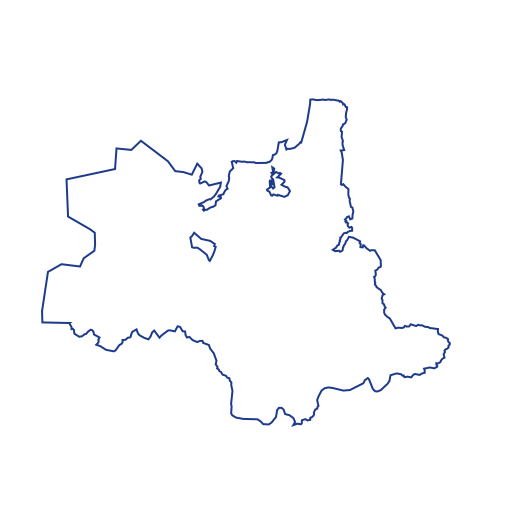 outline of Batken, Batken, Kyrgyzstan, rotated 8°
{"feature_id": "92254566B65149347501284", "entity_name": "Batken", "entity_type": "district", "adm_level": 2, "iso_a3": "KGZ", "parent_name": "Kyrgyzstan", "parent_adm1": "Batken", "projection": "equal_earth", "projection_center": [70.889, 39.851], "detail": "fine", "context": "isolated", "style": "outline", "palette": "blue", "viewbox_px": 512, "rotation_deg": 8, "n_neighbors": 0, "source": "geoboundaries", "source_scale": "gbopen_adm2", "svg_char_len": 6123}
<svg xmlns="http://www.w3.org/2000/svg" viewBox="0 0 512 512"><g transform="rotate(8 256 256)"><path d="M459.9,315.1L458.9,314.7L457.7,312.8L457.8,311.7L456.1,310.7L453.3,310.3L451.7,308.9L447.7,307.9L446.6,305.8L446.4,303.0L438.2,303.1L436.2,302.4L433.3,302.6L430.0,301.5L428.1,301.9L426.2,301.5L424.3,303.1L418.7,302.1L417.5,304.4L415.0,304.9L413.2,304.5L412.4,306.1L410.5,307.0L407.3,307.1L404.2,308.2L397.1,299.1L394.7,298.1L391.8,296.0L390.7,294.0L390.4,291.0L391.6,289.1L390.3,288.0L389.6,286.1L387.9,285.3L387.3,281.8L386.4,280.9L386.8,277.0L388.3,276.1L385.9,274.5L384.5,272.5L379.7,270.1L379.3,269.0L377.7,267.7L377.9,266.0L377.4,265.6L376.6,261.5L375.8,260.4L376.8,259.5L377.3,257.9L376.2,253.9L378.0,252.6L379.1,250.3L380.7,249.7L381.1,248.8L380.0,242.7L372.8,233.8L369.3,234.2L368.3,235.0L364.5,233.0L361.4,230.4L360.6,230.5L360.5,232.6L358.2,232.7L358.0,229.5L356.8,228.8L357.1,227.0L349.6,224.3L345.4,224.1L344.0,227.7L343.0,228.9L342.6,231.6L341.5,233.3L341.4,234.8L340.9,235.3L341.0,238.1L340.2,239.2L338.6,240.1L337.7,239.2L333.6,240.2L331.2,239.2L334.1,236.6L335.1,234.3L336.6,233.2L336.5,231.6L337.2,229.7L336.7,228.9L337.3,227.3L336.9,226.1L337.5,225.9L339.8,221.3L341.4,220.6L342.7,220.7L343.1,219.8L345.4,218.2L347.7,217.6L347.2,214.6L346.4,213.9L344.5,215.0L342.9,213.7L342.3,212.1L342.7,211.0L341.3,209.8L340.5,210.3L339.8,209.6L340.4,208.7L339.0,207.5L340.2,206.1L340.6,204.9L342.5,203.8L344.2,206.6L346.2,205.5L345.9,201.6L346.2,198.4L344.7,194.6L343.2,194.1L341.1,188.5L341.0,186.2L340.0,185.3L338.9,182.4L338.2,176.8L335.1,175.0L332.4,172.7L331.3,173.7L330.1,173.1L328.7,148.8L326.4,141.4L325.2,139.8L328.6,138.8L326.3,134.1L325.8,131.3L326.2,130.3L324.2,126.2L323.9,121.0L322.7,120.5L322.3,118.9L322.3,117.9L323.8,115.0L323.7,113.7L325.4,112.6L326.1,111.4L326.8,108.3L325.5,105.8L325.3,101.8L325.7,98.3L325.4,96.0L324.1,95.9L322.7,93.7L321.8,93.2L321.2,93.7L320.9,92.8L318.7,91.0L317.8,90.9L317.5,91.5L316.2,90.7L310.5,90.5L308.0,91.1L307.0,90.7L302.3,92.0L301.1,91.7L294.7,93.2L290.4,93.0L288.0,93.6L288.4,97.9L287.9,116.1L285.0,137.3L284.1,137.1L283.7,138.2L279.2,143.4L274.6,145.3L272.3,145.4L271.3,146.3L269.1,141.7L270.5,136.8L265.3,139.8L262.8,140.3L262.5,148.7L261.9,151.5L260.2,153.1L258.7,153.7L258.6,157.1L258.0,158.9L256.0,161.2L254.3,161.5L253.6,162.3L243.9,163.8L242.2,163.9L241.4,163.4L233.8,164.4L231.2,164.1L229.5,164.6L223.9,164.6L223.5,166.3L221.5,165.0L219.9,165.3L218.9,166.1L221.2,172.3L218.3,175.9L217.9,180.6L218.6,182.5L218.6,185.6L217.0,190.8L218.5,193.4L216.8,194.7L215.3,198.2L215.2,199.3L210.7,201.4L210.5,202.3L213.0,202.5L213.3,203.7L208.8,207.4L208.8,211.5L206.1,213.6L204.7,213.9L200.7,217.2L199.4,217.3L198.1,218.4L197.0,217.4L198.0,216.4L196.8,214.0L195.1,213.4L194.8,213.9L192.9,214.2L192.1,212.8L196.9,209.9L199.0,207.9L202.0,206.2L203.0,206.3L206.1,203.0L207.8,199.9L210.9,192.4L211.0,188.2L199.7,192.7L196.2,189.5L194.8,189.3L190.6,192.0L189.8,191.4L189.2,188.9L190.6,187.3L189.8,185.4L191.2,180.1L190.0,176.9L185.0,172.7L181.1,184.4L172.4,183.0L164.2,183.2L155.7,174.5L126.0,157.9L117.8,168.3L102.9,168.9L104.3,189.5L57.7,206.5L64.4,243.1L87.9,252.6L93.1,255.4L95.1,267.3L95.2,273.3L85.7,282.2L83.2,290.9L64.5,291.2L52.2,300.7L51.8,340.4L53.7,351.5L80.8,348.3L80.5,348.6L83.3,352.2L83.5,354.1L84.8,353.7L85.9,354.5L87.0,358.2L92.2,360.6L94.9,359.7L97.1,357.4L98.8,356.6L100.3,354.1L102.6,352.0L104.2,352.3L105.6,353.6L106.4,356.2L112.4,358.5L111.5,361.1L112.0,362.1L111.9,363.7L110.2,366.1L114.4,367.0L120.6,369.8L128.5,370.2L130.0,369.1L133.1,363.2L135.1,361.7L135.9,360.0L135.5,357.8L138.3,357.2L140.6,354.7L142.3,354.3L143.1,353.5L143.4,350.5L144.1,348.3L147.9,345.3L149.9,349.1L151.7,350.7L157.0,352.7L161.1,353.5L162.8,350.4L163.8,346.1L165.6,344.0L171.8,350.3L173.6,347.7L179.2,342.1L180.8,341.6L186.2,341.9L188.1,336.6L190.6,336.7L193.8,340.7L196.3,340.6L197.2,343.9L198.9,346.3L201.3,345.4L204.9,348.1L209.8,349.4L212.3,347.9L214.8,347.5L215.8,349.4L221.7,350.7L223.5,354.1L227.8,358.3L231.4,365.2L231.2,368.9L233.4,371.3L233.1,372.7L234.9,373.6L235.8,375.1L237.4,375.7L239.5,378.2L242.8,378.7L244.5,380.5L246.7,380.8L247.4,383.1L249.2,384.6L249.5,387.4L251.5,393.0L251.9,405.7L252.8,408.5L253.3,415.3L254.7,417.1L258.8,418.8L266.1,419.1L280.1,417.5L283.4,419.0L286.6,421.5L292.1,421.0L294.7,418.6L298.2,412.6L298.4,405.7L299.8,403.2L302.5,402.8L304.7,404.3L306.9,408.5L311.3,409.0L315.6,411.3L317.8,415.0L316.5,418.3L320.3,416.3L323.8,416.4L324.6,415.5L324.3,412.3L327.5,410.7L330.0,411.6L332.5,410.7L332.2,409.1L332.5,408.4L333.6,408.1L335.1,406.1L335.6,404.4L335.1,403.2L336.0,399.9L337.9,398.6L337.9,396.7L338.7,395.7L336.6,390.2L337.4,386.5L339.7,380.0L342.4,377.4L345.9,376.1L349.9,376.0L361.2,377.1L367.6,375.7L380.0,367.1L381.2,363.7L383.7,361.3L385.1,362.4L390.3,371.5L392.7,373.3L395.0,373.3L398.3,371.4L404.0,364.3L405.5,361.3L405.8,355.4L410.9,353.0L412.6,352.7L416.1,352.9L417.6,354.1L418.8,353.7L419.8,355.3L423.0,354.4L426.5,354.6L428.4,351.7L429.8,350.7L434.6,351.0L436.6,349.3L439.3,348.2L438.9,345.5L438.1,344.2L443.6,342.2L448.2,342.4L450.8,340.5L450.8,339.4L449.7,338.5L449.5,337.1L451.0,337.1L452.4,336.2L453.6,335.0L453.7,333.8L454.9,331.8L456.8,330.4L455.5,327.2L456.5,324.7L455.8,323.5L456.8,322.0L458.3,321.2L459.4,319.7L459.1,317.9L460.0,317.1L460.2,316.0L459.9,315.1ZM188.4,246.9L189.9,245.1L191.5,241.6L199.4,246.7L208.5,247.4L213.5,249.8L213.2,252.0L214.8,252.5L214.2,256.8L213.2,261.1L210.9,267.3L210.0,266.7L207.0,261.6L199.4,257.1L196.7,255.9L193.6,256.5L191.5,256.3L188.4,246.9ZM257.6,188.8L260.4,186.1L259.2,180.1L259.4,179.3L261.0,179.1L261.1,180.5L260.4,181.8L262.0,181.6L262.5,182.6L260.9,183.1L261.3,184.8L263.5,186.8L264.8,185.4L262.3,177.7L260.8,176.8L260.0,175.1L261.2,173.2L259.8,171.5L260.7,171.0L261.1,169.9L259.8,165.9L261.9,166.9L261.8,169.6L261.0,171.1L261.6,172.9L264.2,170.0L266.8,171.0L268.1,170.4L269.4,171.0L266.1,175.2L268.2,175.2L273.6,176.9L273.9,178.5L271.3,181.9L275.0,183.3L277.7,183.6L280.6,187.0L279.0,191.4L275.8,193.5L269.4,192.4L269.4,193.0L268.7,193.3L264.6,192.6L263.7,194.0L262.6,193.9L260.3,190.4L258.1,189.7L257.6,188.8Z" fill="none" stroke="#1e3a8a" stroke-width="2"/></g></svg>